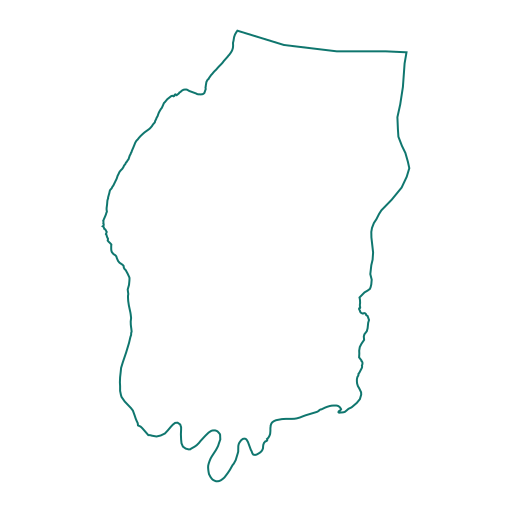 outline of Xanakharm, Vientiane, Laos
{"feature_id": "54806243B76912612814401", "entity_name": "Xanakharm", "entity_type": "district", "adm_level": 2, "iso_a3": "LAO", "parent_name": "Laos", "parent_adm1": "Vientiane", "projection": "albers", "projection_center": [101.544, 18.104], "detail": "fine", "context": "isolated", "style": "outline", "palette": "teal", "viewbox_px": 512, "rotation_deg": 0, "n_neighbors": 0, "source": "geoboundaries", "source_scale": "gbopen_adm2", "svg_char_len": 6057}
<svg xmlns="http://www.w3.org/2000/svg" viewBox="0 0 512 512"><path d="M224.4,477.5L225.7,475.8L227.8,473.0L230.0,469.7L230.6,468.6L232.5,465.2L233.8,463.6L235.7,460.1L237.7,453.5L238.2,451.7L238.3,446.0L238.7,444.2L239.2,443.0L239.7,442.2L241.1,440.3L241.8,439.7L242.9,438.9L244.0,438.7L245.0,438.7L246.0,439.1L246.8,440.0L248.0,442.1L250.9,450.0L251.6,451.2L252.2,452.9L252.6,453.7L253.2,454.5L254.0,454.8L255.3,454.9L256.5,454.6L257.5,454.1L258.7,453.4L260.1,452.5L261.1,451.6L261.8,450.8L262.5,449.6L263.0,448.2L263.1,446.4L263.3,444.8L264.0,442.9L265.4,441.3L266.1,441.2L266.7,440.9L267.2,440.3L267.3,439.5L267.0,439.0L268.4,437.7L269.4,435.9L270.0,434.4L270.2,433.3L270.4,430.8L270.4,427.9L270.6,426.8L270.6,425.8L271.0,424.6L271.3,423.7L272.0,422.6L272.8,421.9L274.2,421.0L276.1,420.2L281.9,419.1L285.4,418.9L289.6,418.9L294.1,418.8L296.7,418.4L299.9,417.5L302.9,416.3L305.6,415.3L316.9,411.9L318.6,411.0L319.5,410.0L320.8,409.4L321.4,409.4L325.1,407.6L327.2,406.8L329.8,406.0L332.0,405.6L335.5,405.5L336.9,405.6L338.4,406.1L339.6,407.0L340.4,408.0L341.1,409.2L340.3,410.3L338.8,411.3L338.5,411.9L338.5,412.3L338.9,412.6L339.4,412.7L340.8,412.5L342.6,412.4L343.8,412.2L344.8,411.9L346.8,410.3L347.9,409.3L348.9,408.6L350.9,407.7L352.0,407.0L356.8,402.9L359.9,399.1L361.2,394.6L361.1,392.3L359.3,388.5L357.9,386.1L357.1,383.5L356.9,381.4L356.9,379.3L357.2,377.8L357.5,376.8L357.8,376.4L358.3,375.5L358.4,374.9L358.5,374.5L358.4,374.0L359.4,372.6L360.9,369.7L361.6,368.4L362.0,367.4L362.1,366.5L361.9,365.4L362.2,364.9L362.4,364.1L362.5,363.0L362.4,362.5L362.2,361.9L362.0,361.5L361.5,361.1L361.4,360.4L359.1,357.4L359.3,353.7L359.2,350.6L359.8,347.0L361.5,343.7L364.1,339.9L363.8,336.5L364.4,334.3L366.8,331.2L367.6,328.3L368.2,322.7L369.0,320.0L367.6,316.0L366.2,315.1L366.0,314.2L365.3,313.5L364.8,313.2L364.1,313.1L363.8,313.2L363.3,313.5L362.8,313.6L362.2,313.3L361.8,313.2L361.2,312.9L360.5,312.3L360.0,311.2L359.9,310.6L359.2,309.4L359.1,308.6L359.5,308.0L360.1,307.9L360.2,307.2L359.9,306.1L359.9,304.6L360.1,303.0L360.0,300.1L359.7,298.3L359.5,297.5L364.5,292.4L367.6,290.6L369.9,288.9L370.6,287.2L371.3,284.3L371.7,279.7L370.3,274.1L371.3,265.2L372.6,259.7L373.1,252.5L371.4,237.4L371.3,231.9L372.0,227.9L373.9,223.0L376.4,219.2L379.1,213.9L381.4,210.3L391.7,199.7L401.6,187.6L406.7,176.8L409.3,168.2L407.9,161.8L405.4,153.0L401.9,145.8L398.4,136.7L397.9,129.1L397.4,117.2L400.2,104.5L402.9,87.0L404.6,63.4L406.5,52.3L385.0,51.3L336.5,51.3L284.0,45.0L237.4,30.7L236.2,32.4L235.0,34.5L234.1,37.1L233.5,40.8L233.0,42.9L233.1,45.8L232.9,47.9L232.3,49.9L231.7,51.2L230.7,52.8L229.1,55.0L228.5,55.5L227.9,56.4L223.9,60.9L222.4,62.9L221.0,64.4L219.2,66.2L217.9,67.6L216.1,69.7L214.6,71.1L213.5,72.3L212.3,73.8L210.9,75.3L210.4,76.1L209.1,77.9L208.5,79.1L207.8,79.5L207.2,80.4L206.4,82.0L205.8,85.6L205.7,86.8L205.5,87.2L205.7,89.1L204.4,92.9L203.9,93.4L203.2,93.9L202.5,94.2L200.9,94.4L198.3,94.3L197.2,94.1L195.9,93.4L192.6,92.2L189.3,91.0L187.6,90.0L187.3,89.8L186.2,89.5L184.1,89.6L183.2,89.9L181.8,90.7L180.3,92.1L179.4,92.5L178.9,93.4L176.6,95.2L176.4,95.2L175.6,94.4L174.9,94.6L174.5,95.1L174.3,95.9L173.6,96.3L172.6,95.8L171.9,95.9L171.1,96.2L167.3,99.2L164.9,102.1L163.9,103.1L162.9,105.5L161.8,107.9L160.9,109.0L160.0,110.5L158.9,112.5L158.2,114.3L157.6,116.1L156.6,117.8L156.0,119.4L155.2,120.9L154.8,122.4L153.1,124.3L151.8,126.3L150.4,127.9L149.5,128.8L147.6,130.2L145.9,131.4L144.4,132.5L142.5,134.2L140.5,136.1L138.8,138.0L137.6,139.6L136.9,140.2L136.1,141.2L135.1,143.0L134.7,144.1L133.2,147.8L132.0,150.5L131.4,152.3L130.9,153.0L130.5,154.3L129.8,155.4L128.5,159.3L128.0,159.9L127.7,160.2L126.8,161.8L126.0,162.5L125.3,164.1L124.1,165.5L123.7,166.4L123.4,167.1L122.3,168.8L120.9,170.2L119.8,171.5L119.3,172.3L118.4,174.3L117.6,175.8L116.7,178.6L113.3,185.6L112.5,186.6L111.6,188.4L110.4,189.7L109.9,190.5L109.6,191.7L109.3,193.1L108.1,197.4L108.1,198.4L107.7,199.4L107.4,200.6L107.1,204.2L106.6,208.1L106.6,209.7L106.7,210.2L106.7,210.8L106.9,211.3L106.7,212.2L106.3,213.0L106.0,214.2L105.5,215.5L104.5,217.8L103.7,219.6L103.6,220.1L103.2,220.8L103.5,221.8L103.4,223.0L103.3,223.5L103.6,223.8L103.7,224.4L103.7,225.1L103.4,225.7L102.7,226.3L103.6,226.9L104.0,227.9L104.2,228.8L104.9,229.1L105.4,229.6L105.6,230.0L105.9,230.5L106.2,231.1L106.5,231.5L106.7,231.9L106.6,232.4L105.9,234.1L106.6,235.1L106.7,235.8L107.3,237.6L107.8,238.3L108.0,238.9L107.7,240.6L108.7,241.8L109.8,242.8L111.2,244.3L111.4,244.8L111.2,245.5L111.2,247.0L111.2,249.2L111.4,250.8L111.9,252.2L113.5,254.1L115.4,255.3L116.3,256.4L116.9,258.3L118.1,261.0L119.5,262.7L122.6,264.8L123.6,265.9L123.8,267.6L124.6,269.1L125.7,270.1L127.7,273.8L129.4,277.5L129.5,278.5L129.4,280.8L129.0,284.9L127.7,289.5L128.0,291.9L128.3,294.0L128.0,295.9L128.0,297.5L128.2,301.0L128.9,305.6L130.4,312.6L130.7,314.5L131.1,318.0L130.7,321.5L130.8,324.7L131.1,327.2L131.3,328.6L131.5,330.3L131.6,331.7L131.2,332.9L131.1,335.0L130.4,337.0L129.0,343.0L126.1,352.6L122.8,362.3L121.1,367.9L120.7,371.9L120.1,377.2L119.9,382.3L120.1,386.1L120.1,390.9L120.9,394.8L121.5,396.9L124.7,401.5L131.0,408.1L132.9,410.6L134.6,415.3L135.7,418.6L136.6,420.8L137.7,423.1L138.0,425.4L140.6,426.6L142.2,428.1L144.4,430.6L148.3,435.1L149.7,435.1L151.4,435.5L151.5,435.6L156.5,436.5L160.7,435.5L164.9,433.5L167.8,430.4L171.0,426.6L172.9,424.6L175.1,422.9L177.6,422.7L180.2,424.5L181.1,427.2L181.1,429.4L180.9,434.3L181.1,439.4L181.5,443.3L182.9,446.6L185.7,448.6L188.7,449.4L190.3,449.3L191.0,448.7L194.4,446.8L195.6,446.0L196.9,445.0L198.0,443.9L199.0,442.9L200.5,441.0L203.9,437.3L205.6,435.5L208.6,432.6L209.5,432.0L211.2,430.9L212.4,430.5L213.9,430.4L215.1,430.4L216.1,430.7L217.4,431.3L218.2,432.1L219.7,433.8L220.1,434.8L220.2,437.4L220.3,439.4L219.0,443.1L218.1,445.9L217.1,447.9L215.9,450.1L211.8,456.4L210.6,458.5L209.5,461.2L208.7,463.6L208.2,465.6L208.1,467.5L208.3,470.0L208.6,472.1L209.0,474.1L210.4,476.8L211.3,478.1L212.1,479.1L212.9,479.8L214.0,480.4L215.3,481.0L216.2,481.3L218.4,481.2L219.5,480.9L221.0,480.2L222.9,478.8L224.4,477.5Z" fill="none" stroke="#0f766e" stroke-width="2"/></svg>